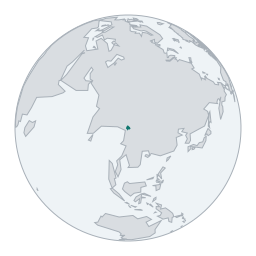 Sylhet on an orthographic globe, rotated 41°
{"feature_id": "BGD-2488", "entity_name": "Sylhet", "entity_type": "Division", "adm_level": 1, "iso_a3": "BGD", "parent_name": "Bangladesh", "parent_adm1": "", "projection": "orthographic", "projection_center": [91.663, 24.595], "detail": "fine", "context": "on_globe", "style": "filled", "palette": "teal", "viewbox_px": 256, "rotation_deg": 41, "n_neighbors": 0, "source": "natural_earth", "source_scale": "10m", "svg_char_len": 10821}
<svg xmlns="http://www.w3.org/2000/svg" viewBox="0 0 256 256"><g transform="rotate(41 128 128)"><circle cx="128" cy="128" r="113" fill="#eef3f6" stroke="#a8b0b8"/><path d="M170.9,23.9L170.6,23.7L174.9,26.7L179.6,29.3L175.9,27.7L187.2,34.2L191.7,38.3L184.5,32.7L182.2,31.5L184.2,33.6L182.2,32.9L182.0,33.7L179.5,32.7L175.5,29.9L173.7,29.3L175.3,30.9L173.7,31.2L171.7,28.9L168.7,29.3L161.4,25.4L158.2,21.2L152.1,19.4L143.2,16.6L141.9,16.6L137.7,15.9L134.7,15.8L133.9,15.6L132.1,15.7L133.4,15.9L133.1,16.1L131.4,16.1L130.1,15.8L130.8,15.7L129.5,15.7L128.6,15.6L127.2,15.4L126.1,15.7L122.9,15.7L122.7,15.5L126.0,15.4L127.6,15.4L136.5,15.7L145.3,16.7L154.0,18.4L162.6,20.8L170.9,23.9ZM183.5,31.5L182.2,30.4L184.1,31.8L183.5,31.5ZM182.5,33.9L183.5,34.6L183.0,34.7L182.5,33.9ZM178.6,33.5L177.4,33.7L177.9,33.0L178.6,33.5ZM126.2,15.4L125.0,15.4L126.2,15.4ZM176.3,33.6L173.6,34.5L175.6,35.8L168.4,32.9L173.1,32.9L173.4,31.7L174.6,32.9L176.3,33.6ZM134.6,16.0L133.1,15.7L135.9,16.0L134.6,16.0ZM136.4,16.1L145.4,17.1L146.7,17.7L143.4,17.2L146.4,18.1L142.6,17.9L140.1,17.3L140.0,16.9L138.7,17.2L136.4,16.1ZM164.9,31.3L163.6,31.2L164.2,30.8L164.9,31.3ZM133.2,16.2L134.9,16.2L136.1,16.7L133.0,16.7L133.6,16.5L133.2,16.2ZM149.0,18.6L149.4,19.1L146.4,19.0L146.2,19.2L142.6,17.9L149.0,18.6ZM132.4,16.5L131.3,16.7L129.2,16.6L131.6,16.2L132.4,16.5ZM137.8,16.9L138.2,17.2L136.9,17.0L137.8,16.9ZM121.0,16.6L123.0,16.5L123.9,16.6L121.0,16.6ZM131.0,16.9L131.8,16.9L132.3,17.0L131.2,17.2L131.0,16.9ZM140.8,18.1L139.5,18.0L142.1,18.5L140.0,18.7L138.0,17.9L138.0,18.3L137.3,18.3L136.4,17.6L140.8,18.1ZM131.7,17.8L128.4,17.1L124.5,17.3L123.7,17.0L130.1,16.9L131.7,17.8ZM134.5,17.7L132.6,17.7L132.5,17.3L133.8,17.1L134.5,17.7ZM139.3,19.1L143.0,19.1L143.3,19.3L139.3,19.1ZM130.5,17.9L131.3,18.1L130.3,18.0L130.5,17.9ZM136.6,18.7L137.9,18.7L138.2,18.9L136.6,18.7ZM131.9,18.6L130.8,18.3L131.7,18.1L131.9,18.6ZM134.0,18.7L134.2,19.0L132.6,18.2L134.6,18.6L134.0,18.7ZM136.7,19.0L137.3,19.1L136.1,19.0L136.7,19.0ZM129.2,19.7L127.1,18.7L129.0,18.2L130.8,19.2L129.2,19.7ZM31.6,69.7L37.4,63.1L36.1,66.4L39.3,71.0L39.1,72.7L35.5,76.9L35.2,88.5L39.0,85.8L42.0,93.9L46.2,96.7L53.5,88.2L46.8,83.3L48.9,77.9L56.9,77.8L63.3,82.6L64.3,80.7L63.0,74.2L67.3,72.1L62.9,71.8L62.6,74.3L59.9,74.3L60.0,72.0L61.5,71.3L60.3,69.3L53.5,73.8L52.4,76.9L47.7,74.6L45.5,79.6L43.3,80.6L46.1,72.7L48.0,70.6L51.0,61.2L48.6,63.1L45.6,72.3L45.3,70.9L42.0,74.2L44.2,70.6L48.1,60.6L45.7,58.9L37.9,64.3L37.5,63.2L39.4,59.7L47.2,51.5L47.1,55.0L49.9,52.7L54.1,47.7L53.7,49.3L55.4,47.9L55.8,49.2L60.5,47.6L61.5,48.8L67.3,45.0L68.6,45.3L64.8,47.3L62.7,49.6L65.7,53.1L67.4,52.9L71.0,50.3L71.3,51.8L74.4,48.9L78.1,50.1L76.1,46.4L80.2,43.8L84.6,43.0L85.6,41.6L78.5,42.9L75.9,44.1L74.3,46.1L67.1,49.4L65.2,48.9L71.4,43.4L69.4,42.3L75.2,38.9L90.9,36.7L95.5,37.8L94.6,44.8L91.3,45.8L89.9,43.7L87.5,48.0L89.5,46.5L89.8,47.9L93.8,46.2L94.2,47.2L97.3,44.1L98.3,45.1L96.3,47.0L103.0,45.8L106.1,47.6L107.4,46.9L107.9,45.7L111.5,49.1L112.3,48.4L111.5,47.0L112.5,45.0L115.8,42.7L116.9,44.0L115.8,45.0L115.2,49.2L112.2,51.9L113.0,52.2L115.8,50.2L116.6,45.0L118.3,43.4L118.4,45.7L118.5,44.7L119.6,44.3L121.8,45.2L121.9,42.7L133.3,37.7L138.5,39.3L137.4,41.6L146.4,40.6L151.6,43.2L150.8,41.8L154.7,40.8L153.1,39.9L153.0,39.2L162.1,37.2L165.0,37.9L168.0,36.1L167.6,35.5L165.6,34.8L168.4,32.9L175.6,35.8L176.2,37.0L180.3,38.2L181.0,41.0L183.4,44.0L181.7,46.7L183.8,49.2L185.2,49.5L189.1,53.3L192.3,60.8L183.6,53.5L177.6,43.5L179.5,47.3L177.3,46.2L176.8,47.5L178.3,50.4L179.6,50.8L172.7,55.5L172.7,64.0L177.2,63.2L180.6,65.6L184.5,76.2L178.7,91.7L183.3,96.3L184.0,99.6L181.1,101.9L179.9,97.2L176.3,95.7L176.1,92.9L171.0,95.5L170.5,91.6L166.8,95.8L168.9,98.8L173.6,97.7L170.6,103.5L176.3,108.7L177.7,115.3L170.6,127.8L162.4,131.9L162.0,134.0L158.4,131.8L154.0,136.2L161.3,147.7L161.2,151.1L154.0,157.8L153.7,155.3L144.1,149.4L142.6,157.4L150.0,163.9L152.5,171.4L147.0,169.2L144.4,162.5L141.0,160.2L141.6,153.3L138.3,142.8L132.8,144.7L133.0,140.5L127.6,131.6L119.4,133.9L106.7,144.1L105.3,154.7L100.8,158.8L94.3,142.6L93.8,132.0L90.0,132.3L84.5,122.3L70.9,118.4L70.3,115.4L67.4,115.9L63.8,111.8L63.4,106.9L60.6,106.2L62.0,119.2L65.2,120.0L69.7,116.7L69.4,121.0L73.0,126.0L64.2,133.7L46.1,136.1L46.6,127.9L44.6,102.3L45.9,100.2L46.0,99.9L46.1,99.4L43.6,102.6L44.0,97.8L42.7,114.7L41.4,121.3L45.8,136.5L44.8,137.3L46.9,140.9L56.4,141.5L55.9,144.1L50.1,154.1L39.0,164.8L41.8,176.0L43.2,184.4L39.2,186.8L42.6,193.7L40.9,194.2L42.8,197.7L43.2,200.0L42.7,201.1L39.4,197.5L36.4,193.5L36.1,193.1L30.5,184.4L21.7,165.2L20.2,158.9L18.9,152.5L16.3,135.8L16.7,129.1L16.5,125.0L16.0,123.8L16.2,119.0L16.0,117.7L16.0,115.8L17.2,107.7L19.0,99.7L21.3,91.9L24.2,84.2L27.7,76.8L31.6,69.7ZM30.9,71.2L29.9,73.0L30.9,71.2ZM67.7,92.9L73.1,95.6L74.7,88.6L76.9,89.2L76.6,86.7L74.8,88.1L74.8,81.7L78.5,81.0L79.9,78.3L78.2,77.3L71.3,79.7L71.3,88.7L68.4,90.6L67.7,92.9ZM64.4,39.7L63.2,41.1L61.1,42.3L59.8,41.6L62.9,39.8L64.4,39.7ZM62.0,42.9L68.5,38.1L69.6,38.6L67.9,39.1L67.9,39.9L65.2,40.9L59.8,46.5L57.6,48.0L56.4,45.5L58.0,45.3L59.1,43.8L62.0,42.9ZM83.4,27.6L86.2,26.2L84.8,28.9L82.3,29.9L80.9,29.1L83.0,27.5L83.4,27.6ZM118.2,15.9L119.4,15.8L119.7,15.8L119.0,15.9L118.2,15.9ZM118.4,15.8L116.4,16.0L116.2,16.1L117.1,16.1L121.8,16.0L128.2,15.8L129.1,16.2L128.0,16.5L126.6,16.6L126.5,16.2L124.7,16.6L123.4,16.2L121.9,16.5L113.4,16.8L114.3,16.5L108.3,17.3L108.3,17.1L112.3,16.5L107.8,17.2L118.4,15.8ZM114.8,24.1L115.3,23.0L111.4,25.1L110.1,24.1L109.8,24.4L107.5,24.2L104.2,24.6L104.1,24.1L102.8,24.5L101.3,24.4L99.5,24.8L98.7,24.2L96.5,24.7L97.4,24.1L93.8,25.2L96.1,24.1L94.4,24.2L93.0,25.2L92.9,21.9L91.1,21.9L88.3,22.7L92.7,21.1L98.1,19.5L103.3,18.6L104.5,19.0L106.3,18.4L107.3,18.5L105.5,18.9L108.9,18.3L109.3,18.6L114.0,18.7L118.8,18.0L120.6,18.1L118.9,18.5L121.9,18.4L120.0,19.4L121.3,19.6L120.7,20.8L116.7,21.8L118.4,21.9L118.0,23.1L114.8,24.1ZM128.9,20.0L124.5,21.0L121.6,21.0L123.9,18.8L123.0,18.5L124.4,17.4L128.5,17.5L127.8,17.7L128.0,18.0L126.6,17.9L127.9,18.2L126.8,18.7L127.5,19.1L125.9,19.3L128.9,20.0ZM41.0,71.7L41.2,72.6L42.1,73.4L40.1,75.6L41.0,71.7ZM43.5,64.9L44.0,65.2L41.5,68.4L41.3,67.6L43.5,64.9ZM46.4,62.7L44.2,64.9L45.2,63.3L46.4,62.7ZM65.5,47.5L66.3,47.8L65.6,48.5L64.1,49.2L65.5,47.5ZM103.2,31.1L103.9,30.2L104.7,30.2L108.0,28.5L109.2,29.3L107.7,30.5L103.2,31.1ZM51.2,89.0L48.8,89.9L48.7,88.6L49.5,88.5L51.2,89.0ZM43.2,82.5L44.0,85.2L42.7,83.1L43.2,82.5ZM105.1,31.7L106.3,30.9L106.2,31.7L105.1,31.7ZM110.3,29.7L110.5,30.6L109.8,29.2L110.3,29.7ZM99.2,233.4L101.4,234.4L99.7,234.1L99.2,233.4ZM56.4,188.9L56.3,201.5L52.6,199.9L49.9,195.3L48.6,187.2L52.3,186.5L53.6,183.2L56.4,188.9ZM179.0,186.1L182.0,186.1L181.8,186.5L179.0,186.1ZM175.8,184.9L179.3,184.6L175.1,186.0L175.8,184.9ZM180.7,184.5L184.3,183.1L185.8,182.1L185.5,183.1L180.7,184.5ZM173.4,185.3L159.9,186.4L154.5,185.4L155.8,183.7L164.6,183.6L173.4,185.3ZM155.4,183.7L147.0,179.2L135.1,164.8L139.4,165.1L151.8,173.6L151.0,175.2L156.1,178.8L155.4,183.7ZM175.4,173.2L174.6,177.7L167.2,178.1L163.8,177.6L161.5,172.0L162.8,169.0L165.6,168.9L176.1,157.7L179.8,159.7L176.7,164.4L179.7,168.0L175.4,173.2ZM105.8,155.8L108.5,162.3L106.0,163.1L105.8,155.8ZM180.0,149.9L176.0,155.0L179.6,148.4L180.0,149.9ZM182.0,143.9L182.4,146.2L180.5,144.2L182.0,143.9ZM162.2,137.3L159.2,138.0L159.0,136.3L162.7,134.4L162.2,137.3ZM178.7,121.0L179.2,125.9L178.8,127.7L177.2,124.9L178.7,121.0ZM117.3,38.8L111.3,40.0L107.8,41.8L107.1,44.1L105.5,41.6L110.9,38.8L117.3,38.8ZM131.2,37.6L131.8,35.9L133.2,36.5L133.3,36.9L131.2,37.6ZM130.3,36.6L127.8,34.9L129.3,33.9L131.0,35.4L130.3,36.6ZM116.3,32.7L114.4,33.0L114.6,32.2L116.3,32.7ZM194.4,218.4L196.3,216.1L199.1,214.5L196.3,217.1L194.4,218.4ZM189.3,212.3L168.9,221.2L164.9,221.2L167.0,218.8L165.4,212.2L166.8,212.2L167.1,207.3L179.7,201.0L189.1,190.8L194.9,190.2L200.1,182.6L205.7,181.6L203.4,187.2L208.4,188.7L213.8,176.0L215.0,186.9L217.3,189.3L215.6,195.7L204.1,209.8L199.4,213.6L199.3,213.0L197.1,214.7L194.9,215.3L195.5,212.5L193.2,214.1L196.2,210.9L192.6,214.1L192.2,212.3L189.3,212.3ZM228.8,176.5L229.1,176.4L229.0,177.5L228.5,178.0L228.8,176.5ZM232.9,167.3L232.9,167.8L232.7,168.2L232.9,167.3ZM232.8,167.2L233.3,165.8L233.0,167.0L232.8,167.2ZM232.0,162.9L232.4,162.1L232.4,162.4L232.0,162.9ZM186.4,185.4L190.8,181.3L193.0,180.6L186.4,185.4ZM231.7,162.0L230.9,162.5L231.1,161.8L231.7,162.0ZM232.0,160.4L232.0,159.5L232.2,161.3L232.0,160.4ZM230.6,159.4L231.5,160.4L230.5,159.7L230.6,159.4ZM230.0,160.1L229.2,159.9L229.3,159.5L230.0,160.1ZM220.0,166.5L222.9,170.5L220.2,171.7L217.3,169.5L214.3,173.7L208.1,175.2L209.7,172.8L209.0,169.9L202.2,170.5L200.8,168.7L203.4,166.8L198.7,166.2L203.8,164.1L205.8,167.8L208.7,163.7L213.4,163.2L217.7,163.1L220.8,164.9L220.0,166.5ZM203.6,173.4L204.5,173.1L203.6,174.6L203.6,173.4ZM227.8,158.5L228.9,159.8L228.7,160.4L228.2,160.4L227.8,158.5ZM221.6,163.9L225.2,158.9L225.9,158.6L223.5,163.6L221.6,163.9ZM224.4,157.0L226.0,156.8L226.7,158.4L226.3,159.0L224.4,157.0ZM193.1,171.8L192.8,173.0L191.4,172.3L193.1,171.8ZM194.9,170.7L199.0,171.2L194.5,171.8L194.9,170.7ZM181.8,168.8L183.1,171.4L187.1,169.0L184.0,172.0L186.7,176.2L185.7,178.1L183.1,173.5L182.0,178.8L180.1,178.9L179.3,174.7L181.2,169.1L183.0,166.6L190.3,164.5L181.8,168.8ZM194.9,167.3L193.8,164.2L194.6,161.9L195.8,163.4L194.9,167.3ZM190.3,156.8L187.0,153.4L184.3,155.4L189.7,149.1L191.9,153.3L190.3,156.8ZM187.3,148.7L184.7,150.4L187.2,146.9L187.3,148.7ZM184.0,149.2L183.5,146.5L185.6,146.6L184.0,149.2ZM188.6,148.6L188.8,143.9L190.0,146.5L188.6,148.6ZM182.1,140.5L186.9,144.4L181.0,143.3L179.9,134.4L182.4,133.8L182.1,140.5ZM190.6,102.3L189.5,99.8L191.5,98.9L191.7,100.8L190.6,102.3ZM197.1,94.4L191.7,97.9L187.3,101.0L189.0,101.9L188.8,106.4L185.6,102.8L188.2,97.5L191.7,95.9L191.4,92.3L193.5,89.4L191.8,85.1L192.5,83.0L195.1,86.5L197.1,94.4ZM190.9,83.4L188.7,75.9L192.8,76.2L194.3,77.9L193.5,81.2L191.4,80.7L190.9,83.4ZM189.4,74.2L187.3,73.9L179.6,63.9L179.0,61.9L187.0,69.3L185.5,69.4L186.6,71.9L189.4,74.2ZM164.4,31.9L163.7,31.3L165.0,31.7L164.4,31.9ZM152.0,38.8L152.1,37.9L153.6,38.3L152.0,38.8ZM153.2,35.8L151.5,36.0L152.9,35.2L153.2,35.8ZM147.6,36.6L150.6,35.8L148.4,37.3L147.6,36.6Z" fill="#d9dde1" stroke="#a8b0b8" stroke-width="1"/><path d="M128.9,128.1L128.8,128.3L128.7,128.4L128.5,128.5L128.4,128.5L128.4,128.8L128.3,128.7L128.2,128.7L128.1,128.8L127.9,128.7L127.9,128.8L127.9,129.0L127.7,129.0L127.4,129.0L127.3,128.9L127.4,128.7L127.2,128.7L127.2,128.4L127.3,128.4L127.2,128.4L127.2,128.2L127.2,127.9L127.1,127.7L127.0,127.4L126.8,127.5L126.8,127.4L126.7,127.2L126.7,126.9L126.8,126.9L127.1,126.8L127.3,126.9L127.6,126.9L127.8,126.9L127.9,127.0L128.0,127.0L128.0,126.9L128.4,126.9L128.5,126.9L128.8,126.9L128.9,127.0L129.0,127.0L129.3,127.2L129.4,127.3L129.5,127.3L129.5,127.5L129.4,127.5L129.2,127.5L129.1,127.4L129.0,127.5L128.9,127.9L128.9,128.0L128.9,128.1Z" fill="#14b8a6" stroke="#0f766e" stroke-width="1.5"/></g></svg>